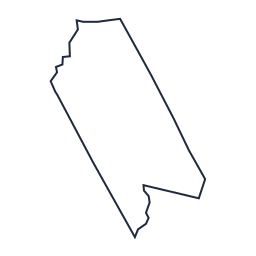 the district of Sussex, Virginia, United States of America, rotated 273°
{"feature_id": "52423323B89095979768241", "entity_name": "Sussex", "entity_type": "district", "adm_level": 2, "iso_a3": "USA", "parent_name": "United States of America", "parent_adm1": "Virginia", "projection": "robinson", "projection_center": [-77.249, 36.91], "detail": "fine", "context": "isolated", "style": "outline", "palette": "slate", "viewbox_px": 256, "rotation_deg": 273, "n_neighbors": 0, "source": "geoboundaries", "source_scale": "gbopen_adm2", "svg_char_len": 523}
<svg xmlns="http://www.w3.org/2000/svg" viewBox="0 0 256 256"><g transform="rotate(273 128 128)"><path d="M170.7,48.3L160.4,53.5L157.2,55.8L91.4,95.2L19.4,140.6L27.3,143.3L33.3,151.0L39.4,153.3L44.2,150.4L54.8,153.5L61.1,152.2L66.3,147.2L71.7,146.5L61.5,202.4L81.0,207.7L108.9,190.0L140.0,173.0L182.4,148.1L198.7,138.0L236.6,114.4L234.3,101.8L232.5,92.4L231.7,77.8L232.8,71.1L223.8,72.8L210.1,65.0L196.6,66.2L195.5,59.2L188.0,59.2L185.2,52.9L179.9,54.2L170.7,48.3Z" fill="none" stroke="#1e293b" stroke-width="2"/></g></svg>